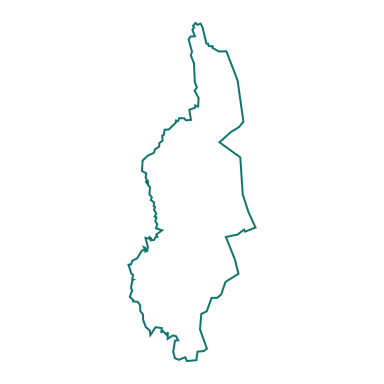 Khagrachhari, Chittagong, Bangladesh (Natural Earth projection)
{"feature_id": "16705992B35326431749719", "entity_name": "Khagrachhari", "entity_type": "district", "adm_level": 2, "iso_a3": "BGD", "parent_name": "Bangladesh", "parent_adm1": "Chittagong", "projection": "natural_earth1", "projection_center": [91.852, 23.211], "detail": "medium", "context": "isolated", "style": "outline", "palette": "teal", "viewbox_px": 384, "rotation_deg": 0, "n_neighbors": 0, "source": "geoboundaries", "source_scale": "gbopen_adm2", "svg_char_len": 1902}
<svg xmlns="http://www.w3.org/2000/svg" viewBox="0 0 384 384"><path d="M186.9,361.0L196.4,360.2L197.5,351.6L203.8,351.1L206.9,348.7L200.0,329.4L201.3,313.9L206.7,311.3L211.6,297.9L217.3,297.8L221.1,294.6L225.5,281.9L238.5,273.8L234.8,259.3L225.9,237.0L237.7,234.5L244.0,229.6L245.1,231.6L255.5,227.5L248.3,211.7L242.7,194.2L240.3,157.4L219.5,142.3L231.0,131.9L239.0,127.1L243.4,121.6L237.6,80.5L226.4,51.3L218.9,51.5L212.4,47.8L212.7,46.3L208.7,46.1L208.1,43.7L206.4,43.6L202.4,26.9L200.5,23.6L197.6,24.8L195.5,23.0L193.0,25.9L194.1,27.5L192.4,29.8L194.9,36.3L190.5,36.5L188.6,39.4L192.0,51.8L190.8,55.3L194.0,63.5L194.8,82.4L196.9,87.5L194.6,90.6L198.6,98.1L198.1,106.5L195.2,105.5L195.3,107.6L189.3,109.8L191.0,119.9L185.9,120.3L184.4,118.4L179.3,118.1L178.1,121.1L176.0,120.5L175.9,122.5L168.8,129.5L164.6,129.7L163.7,135.0L162.2,135.6L162.6,140.6L159.3,143.1L159.2,146.6L155.0,149.3L153.8,152.9L147.8,155.6L142.7,160.5L141.9,170.9L146.2,173.4L145.6,177.4L147.1,180.6L145.9,181.8L146.9,183.1L147.9,181.8L148.1,185.3L150.0,187.1L149.4,194.4L151.8,197.2L150.9,200.1L154.1,202.5L153.6,206.1L155.1,207.1L154.0,209.6L156.2,213.5L154.6,216.6L156.3,217.3L155.3,221.1L157.3,224.2L156.0,228.3L162.1,230.3L156.4,234.4L157.3,236.9L155.9,236.6L154.0,240.0L150.8,240.3L151.2,238.6L149.6,237.2L149.4,238.7L145.5,237.9L147.9,247.0L147.1,251.0L145.4,251.6L145.4,248.0L143.9,247.2L144.8,249.7L141.8,250.7L137.2,258.3L132.4,260.7L131.0,264.4L128.5,264.7L131.4,273.7L133.0,274.7L132.3,279.1L133.6,279.6L132.3,280.3L131.0,288.1L132.1,290.5L129.8,296.9L133.2,299.9L132.9,301.4L137.5,301.7L140.1,305.0L140.3,310.9L143.0,314.7L143.1,319.7L145.7,327.0L149.7,330.4L150.4,335.1L155.6,327.2L161.8,328.1L161.2,332.9L162.6,330.8L166.5,334.8L167.8,332.2L167.7,338.9L172.7,335.5L175.9,336.1L178.2,340.3L175.0,340.6L173.2,351.6L174.9,358.2L178.8,359.8L185.2,357.2L186.9,361.0Z" fill="none" stroke="#0f766e" stroke-width="2"/></svg>